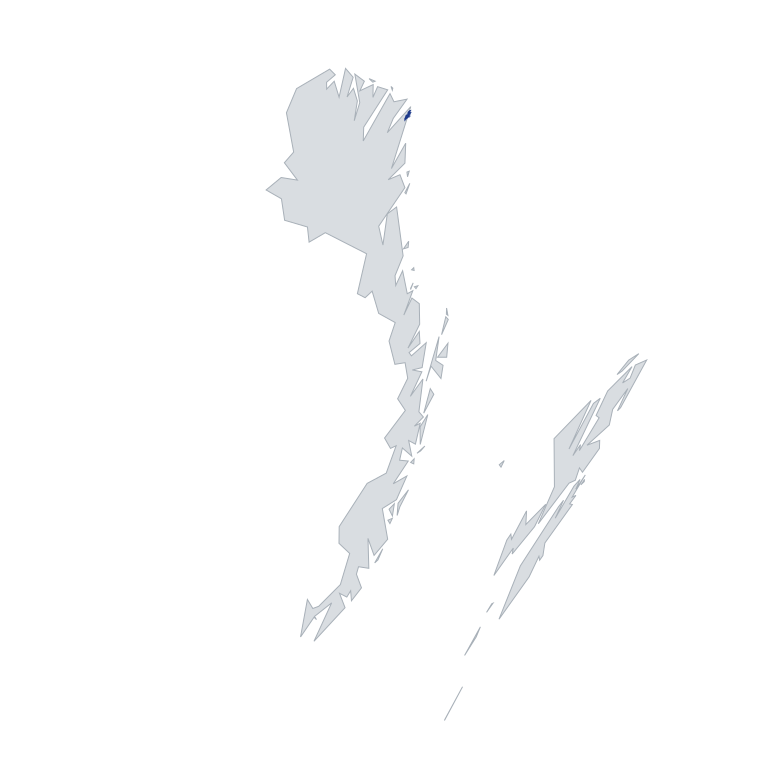 Sande nor, Møre og Romsdal, Norway (highlighted), rotated 120°
{"feature_id": "86288312B47484772904149", "entity_name": "Sande nor", "entity_type": "district", "adm_level": 2, "iso_a3": "NOR", "parent_name": "Norway", "parent_adm1": "Møre og Romsdal", "projection": "equal_earth", "projection_center": [5.514, 62.239], "detail": "fine", "context": "in_parent", "style": "filled", "palette": "blue", "viewbox_px": 768, "rotation_deg": 120, "n_neighbors": 0, "source": "geoboundaries", "source_scale": "gbopen_adm2", "svg_char_len": 5882}
<svg xmlns="http://www.w3.org/2000/svg" viewBox="0 0 768 768"><g transform="rotate(120 384 384)"><path d="M460.1,337.5L431.4,342.6L436.5,346.2L430.5,356.5L396.2,352.3L390.0,364.8L367.2,366.3L355.0,376.4L361.5,384.4L344.3,401.1L325.2,405.0L325.5,423.9L309.5,440.7L318.7,443.5L319.1,452.2L279.9,464.2L282.3,510.5L298.6,519.8L286.3,528.8L291.9,551.9L274.9,565.4L274.9,583.1L256.6,576.3L250.7,560.9L242.2,580.9L228.3,578.2L197.9,604.1L171.9,607.4L138.5,588.5L140.6,580.8L151.4,584.6L157.3,581.1L146.7,578.5L158.1,566.3L129.9,575.1L133.8,564.1L153.9,559.5L143.2,558.3L152.2,548.6L170.9,541.4L152.4,545.7L130.2,564.2L131.6,552.4L142.2,551.5L130.1,543.1L141.3,536.9L129.7,538.2L127.4,527.9L171.7,530.0L183.9,523.5L129.5,524.0L134.6,516.5L125.8,506.5L149.3,508.8L164.7,506.8L130.4,499.5L193.7,485.3L164.6,485.6L182.3,476.3L205.0,482.5L194.8,474.8L203.5,464.1L250.0,467.5L264.2,454.4L235.0,466.2L224.4,461.6L263.5,431.5L284.7,428.6L292.8,423.1L276.6,424.5L294.2,409.0L288.8,405.7L314.4,401.3L295.6,402.8L296.8,393.6L314.4,383.0L340.9,381.2L320.9,379.7L330.9,373.1L344.3,378.0L345.9,374.3L327.1,368.1L350.7,359.2L357.7,366.5L354.5,357.3L381.5,355.0L360.2,352.8L390.6,339.9L392.9,333.4L405.3,336.6L399.9,333.0L420.4,326.7L420.6,334.4L432.6,323.9L430.2,336.1L442.2,332.4L438.6,324.5L465.8,326.1L452.2,318.2L478.0,315.4L492.7,323.2L516.6,303.2L537.4,306.9L525.7,320.7L551.2,305.0L555.0,314.7L562.5,312.8L571.8,301.6L588.0,303.8L579.7,309.5L587.1,309.7L587.5,317.9L597.2,305.9L641.8,316.0L599.7,319.9L619.8,327.9L644.8,329.8L608.9,342.6L614.0,333.4L609.2,329.4L579.5,321.5L547.9,329.0L544.5,343.3L529.9,351.5L478.5,348.9L460.1,337.5ZM332.1,165.2L361.2,168.0L358.9,172.8L371.7,170.2L377.4,174.2L427.9,180.5L387.8,185.0L346.3,209.4L294.7,196.5L347.8,191.3L296.1,192.9L288.2,189.6L351.6,184.6L338.2,183.5L344.0,181.5L305.7,180.8L305.2,184.6L278.2,186.8L244.9,177.9L263.8,177.9L255.8,173.8L241.9,175.8L231.9,168.5L286.2,167.3L290.5,168.4L266.0,170.6L291.6,173.3L306.9,168.4L335.5,177.6L325.0,169.0L332.1,165.2ZM394.2,160.6L441.2,165.2L453.1,160.6L458.8,161.1L455.7,163.7L478.5,161.9L530.2,166.8L473.3,175.0L403.3,171.5L394.9,170.4L414.6,168.6L377.4,168.4L368.6,166.5L379.2,165.3L362.1,164.2L387.9,164.5L384.5,162.1L395.0,163.3L394.2,160.6ZM432.3,182.3L467.2,188.0L461.4,190.0L494.9,193.1L457.7,199.6L450.6,199.1L454.7,195.9L422.6,197.1L434.8,190.9L407.3,183.8L432.3,182.3ZM345.0,352.2L360.5,348.9L315.4,360.0L337.8,351.0L338.3,342.2L350.8,337.4L345.0,352.2ZM368.0,335.7L389.4,335.0L364.9,341.6L368.0,335.7ZM388.6,330.8L418.2,322.4L403.1,331.3L388.6,330.8ZM230.3,178.5L253.8,184.3L259.3,186.9L240.9,184.0L230.3,178.5ZM329.5,343.1L334.0,351.0L316.7,349.0L329.5,343.1ZM491.3,306.9L480.2,312.2L463.4,309.9L482.3,308.9L491.3,306.9ZM494.1,310.7L489.9,317.0L482.5,315.2L494.1,310.7ZM296.0,360.6L312.5,358.8L294.9,364.1L296.0,360.6ZM644.0,163.6L606.9,164.6L645.2,163.4L644.0,163.6ZM557.0,177.7L578.8,178.5L546.1,179.1L557.0,177.7ZM527.3,302.7L539.4,301.3L543.6,302.6L527.3,302.7ZM501.9,309.1L500.0,312.5L496.2,309.6L501.9,309.1ZM438.3,318.3L438.6,321.7L433.7,320.5L438.3,318.3ZM397.5,241.1L396.3,243.8L390.2,241.6L397.5,241.1ZM530.5,181.0L520.4,180.8L519.3,180.0L530.5,181.0ZM253.7,431.4L257.2,434.7L248.0,434.0L253.7,431.4ZM417.3,317.6L423.6,318.8L427.5,320.8L417.3,317.6ZM368.5,161.8L372.9,163.1L366.3,162.6L368.5,161.8ZM207.9,461.6L197.3,462.0L208.3,460.0L207.9,461.6ZM192.8,467.2L189.0,470.1L187.1,468.6L192.8,467.2ZM292.3,364.9L286.9,367.8L292.6,363.0L292.3,364.9ZM128.2,544.6L127.0,549.6L126.2,543.1L128.2,544.6ZM284.6,406.3L282.0,403.8L285.4,404.0L284.6,406.3ZM621.8,324.7L621.1,327.5L620.5,327.0L621.8,324.7ZM287.7,408.8L281.8,409.3L288.9,408.2L287.7,408.8ZM270.6,414.7L271.3,417.2L268.4,416.4L270.6,414.7ZM125.4,523.7L122.8,526.7L123.4,524.3L125.4,523.7Z" fill="#d9dde1" stroke="#a8b0b8" stroke-width="1"/><path d="M139.2,496.3L139.2,496.5L139.3,496.9L139.5,496.9L139.4,497.0L139.5,496.9L139.5,497.0L139.5,496.9L139.6,497.0L139.8,497.0L139.7,497.2L139.4,497.0L139.1,497.0L138.9,497.0L138.7,497.0L138.8,497.3L139.4,497.5L139.7,497.6L139.8,497.6L140.2,497.6L140.5,497.7L140.6,497.8L140.8,497.8L141.0,497.8L141.3,497.9L141.1,497.9L141.2,498.0L141.3,498.0L141.2,498.1L140.4,497.8L140.2,497.8L139.7,497.9L139.0,497.6L138.9,497.7L138.8,497.8L138.7,497.8L138.8,497.8L138.7,497.8L138.8,497.8L138.7,497.8L138.8,497.8L138.7,497.8L138.8,497.9L139.1,498.0L139.3,498.2L139.5,498.2L139.5,498.3L139.7,498.5L139.8,498.6L140.0,498.7L140.1,498.8L140.3,498.8L140.5,498.8L140.5,498.7L140.7,498.8L140.8,498.7L141.0,498.7L141.3,498.7L141.6,498.6L141.8,498.6L142.2,498.5L142.6,498.5L142.8,498.4L143.5,498.4L143.8,498.4L144.1,498.2L143.9,498.2L143.7,498.3L143.5,498.2L143.0,498.3L143.0,498.2L143.3,498.0L143.1,498.0L143.2,497.9L143.4,497.7L143.1,497.5L142.5,497.5L142.5,497.4L142.2,497.3L142.2,497.2L141.9,497.1L141.5,497.0L141.3,496.9L140.8,497.1L140.8,496.8L140.6,496.6L140.3,496.4L140.1,496.3L139.9,496.3L139.9,496.2L139.6,496.3L139.3,496.4L139.2,496.3ZM136.6,496.8L136.4,496.8L136.2,496.8L136.3,496.9L136.2,496.9L136.2,497.0L135.9,497.0L135.7,497.1L136.1,497.1L136.1,497.3L136.7,497.4L136.7,497.5L136.8,497.6L137.0,497.5L137.3,497.6L137.2,497.6L137.3,497.5L137.5,497.5L137.8,497.6L138.0,497.5L137.9,497.5L137.9,497.4L137.7,497.3L137.4,497.3L137.3,497.2L137.2,497.2L137.4,497.2L137.5,497.2L137.6,497.3L137.6,497.2L137.7,497.3L137.7,497.2L137.8,497.2L137.7,497.2L137.8,497.1L137.7,497.1L137.8,497.0L137.7,497.0L137.7,496.9L137.4,496.8L137.2,496.9L136.7,496.8L136.6,496.8ZM134.9,498.0L134.7,498.0L134.8,498.1L134.6,498.1L134.8,498.3L135.2,498.4L135.6,498.4L135.7,498.5L136.0,498.6L136.3,498.6L136.3,498.2L136.2,498.1L135.9,498.0L135.7,498.0L135.7,497.9L135.4,498.0L135.2,498.0L134.9,498.0L134.9,498.0ZM137.5,498.0L137.2,497.9L137.3,497.9L137.2,497.9L137.1,498.0L137.1,497.9L136.9,497.9L137.0,498.0L137.3,498.2L137.4,498.3L137.5,498.2L137.5,497.9L137.5,498.0Z" fill="#3b82f6" stroke="#1e3a8a" stroke-width="1.5"/></g></svg>